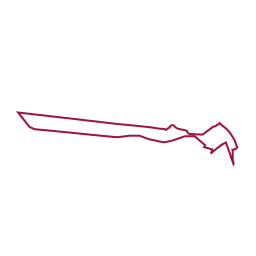 the district of Maadi, Al Qahirah, Egypt, rotated 189°
{"feature_id": "37247803B90563077233192", "entity_name": "Maadi", "entity_type": "district", "adm_level": 2, "iso_a3": "EGY", "parent_name": "Egypt", "parent_adm1": "Al Qahirah", "projection": "equal_earth", "projection_center": [31.283, 29.963], "detail": "fine", "context": "isolated", "style": "outline", "palette": "rose", "viewbox_px": 256, "rotation_deg": 189, "n_neighbors": 0, "source": "geoboundaries", "source_scale": "gbopen_adm2", "svg_char_len": 4381}
<svg xmlns="http://www.w3.org/2000/svg" viewBox="0 0 256 256"><g transform="rotate(189 128 128)"><path d="M17.0,125.9L17.6,126.6L20.9,132.8L24.3,136.7L27.8,140.4L30.8,142.6L35.5,145.3L38.0,147.0L38.0,146.9L39.2,145.9L40.0,145.4L40.4,145.2L40.7,144.8L41.1,144.3L41.2,144.2L41.3,144.0L42.2,143.2L43.2,143.1L43.5,143.0L44.2,142.4L44.9,141.8L45.3,141.3L45.5,141.2L45.8,140.9L46.0,140.6L46.3,140.4L46.4,140.2L46.7,139.9L47.1,139.6L47.4,139.2L47.7,138.9L48.2,138.5L48.8,137.7L49.5,137.1L50.0,136.6L50.5,136.1L50.9,135.7L51.2,135.4L51.7,134.9L51.9,134.7L52.4,134.2L52.6,133.9L52.9,133.6L53.1,133.5L53.2,133.4L53.4,133.2L53.6,133.2L53.8,133.1L54.4,133.1L55.0,132.9L55.3,132.9L56.2,132.8L57.3,132.7L58.2,132.6L58.3,132.5L59.9,132.4L61.0,132.3L64.0,132.0L66.0,131.7L66.3,131.8L66.5,131.8L66.9,131.9L67.0,131.9L67.3,132.0L67.5,132.1L67.8,132.3L68.0,132.5L68.2,132.8L68.3,132.8L68.9,134.0L69.0,134.1L71.2,134.7L71.4,134.7L71.9,134.8L72.3,134.8L72.7,134.9L73.3,134.9L74.2,134.8L75.1,134.8L75.5,134.9L76.0,134.9L76.8,135.0L77.5,135.1L78.2,135.1L78.8,135.2L79.3,135.3L79.8,135.4L80.0,135.5L80.7,135.9L81.2,136.2L81.7,136.5L82.0,136.7L82.2,136.9L82.6,137.3L83.0,137.5L83.5,137.7L84.0,137.8L84.3,137.8L84.7,137.7L85.0,137.6L85.3,137.5L85.5,137.3L85.8,137.2L86.1,136.9L86.4,136.5L86.6,136.3L86.7,136.1L86.7,135.8L86.8,135.5L86.9,135.2L87.0,134.9L87.3,134.7L87.5,134.6L87.8,134.6L88.0,134.5L88.1,134.3L88.4,134.0L89.6,132.6L89.9,132.2L90.1,132.1L90.3,132.1L90.6,132.2L90.9,132.3L91.2,132.5L91.4,132.6L91.9,132.7L92.4,132.7L93.4,132.6L94.1,132.5L94.8,132.5L95.5,132.3L105.3,132.2L105.6,132.2L106.5,132.2L108.3,132.1L121.7,131.4L136.4,130.5L139.4,130.3L239.0,126.1L225.5,113.7L220.4,112.2L215.4,112.5L208.2,113.0L184.5,114.4L181.1,114.6L159.1,115.8L143.4,116.8L139.2,117.0L138.8,117.1L137.8,117.2L136.4,117.4L135.7,117.6L134.4,118.0L133.2,118.3L131.5,118.8L129.5,119.4L128.2,119.8L127.0,120.1L125.0,120.7L124.0,120.9L122.8,121.0L121.9,121.2L120.7,121.4L119.9,121.5L118.3,121.7L116.8,122.0L116.2,122.1L115.4,122.1L115.1,122.1L114.8,122.1L114.1,121.9L112.0,121.5L110.2,121.1L108.6,120.8L105.1,120.2L103.6,120.1L100.4,120.0L97.2,119.8L95.0,119.6L94.1,119.6L91.2,119.5L90.1,119.6L89.3,119.8L87.7,120.4L85.3,121.3L84.9,121.5L83.1,122.2L82.2,122.6L79.3,124.1L76.4,125.7L73.4,127.2L71.1,128.4L69.7,129.0L69.0,129.0L68.9,129.0L68.7,129.0L68.2,129.1L67.8,129.2L67.5,129.3L66.2,129.4L64.7,129.7L62.5,130.0L61.7,130.1L61.4,130.2L61.1,130.1L60.9,130.1L60.7,130.1L60.4,129.9L60.1,129.8L60.0,129.7L59.9,129.7L59.7,129.6L58.4,128.7L56.3,127.5L55.2,126.8L54.0,126.1L52.8,125.3L51.7,124.7L50.3,123.8L49.6,123.4L49.4,123.3L49.4,123.2L49.2,122.9L49.2,122.7L49.8,121.0L42.4,120.1L41.4,120.0L41.5,119.0L41.8,117.5L41.9,116.7L42.0,116.5L41.8,116.3L41.1,117.2L40.4,118.0L39.6,118.9L39.4,119.1L38.9,119.6L37.1,121.7L36.9,121.8L36.7,122.1L36.5,122.3L36.4,122.4L36.2,122.6L36.1,122.8L35.6,123.3L35.1,123.7L34.7,124.2L34.2,124.6L34.1,124.8L33.9,124.9L33.9,125.0L33.7,125.2L33.6,125.3L33.5,125.5L33.4,125.7L33.3,125.9L33.2,125.9L33.2,126.0L32.9,126.1L32.6,126.3L32.3,126.6L32.2,126.6L32.0,126.8L31.9,126.8L31.8,127.0L31.7,127.1L31.4,127.3L30.3,128.0L29.0,129.0L28.9,128.7L28.7,128.4L28.6,128.2L28.5,127.9L28.3,127.7L28.2,127.5L28.2,127.4L27.9,126.9L27.7,126.5L27.5,126.1L27.2,125.6L26.9,125.1L26.7,124.7L26.4,124.2L26.2,123.8L25.8,123.1L25.4,122.4L25.1,121.7L24.8,121.2L24.3,120.4L24.2,120.1L23.9,119.6L23.8,119.4L23.5,118.8L23.1,118.2L23.0,117.9L22.7,117.3L22.4,116.7L22.0,115.9L21.6,115.1L21.4,114.7L21.1,114.2L20.9,113.9L20.8,113.6L20.7,113.5L20.6,113.4L20.3,112.8L20.0,112.2L19.7,111.7L19.4,111.1L18.9,110.2L18.2,109.0L18.1,109.4L18.1,109.6L18.2,109.8L18.3,109.9L18.3,110.0L18.5,110.2L18.5,110.3L18.6,110.5L18.7,110.8L18.8,111.0L19.0,111.5L19.2,111.8L19.2,112.0L19.3,112.1L19.4,112.3L19.4,112.5L19.5,112.8L19.6,113.1L19.6,113.3L19.7,113.6L19.7,113.8L19.8,113.9L19.8,114.1L19.8,114.4L19.8,114.5L19.9,114.8L19.9,115.2L20.0,115.4L20.0,115.6L20.1,115.8L20.1,116.0L20.2,117.0L20.3,117.4L20.3,117.7L20.4,118.1L20.5,118.5L20.6,119.0L20.6,119.4L20.8,120.4L20.9,120.8L21.0,121.3L21.0,121.7L21.1,122.2L21.1,122.3L21.2,122.5L21.3,122.7L21.2,122.7L21.1,122.8L20.9,122.9L20.7,123.0L20.4,123.1L20.2,123.2L20.1,123.3L19.9,123.4L19.8,123.5L19.5,123.6L19.4,123.7L19.2,123.7L19.2,123.8L18.9,123.9L18.8,124.0L18.7,124.0L18.4,124.3L18.2,124.5L17.9,124.8L17.7,125.0L17.0,125.9L17.0,125.9Z" fill="none" stroke="#9f1239" stroke-width="2"/></g></svg>